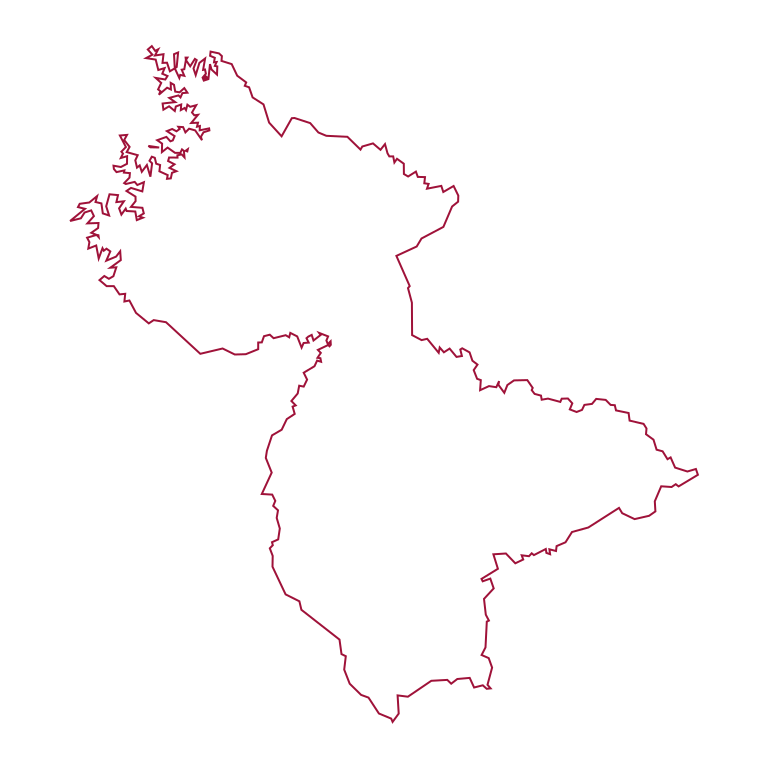 the district of Ponta Porã, Mato Grosso do Sul, Brazil
{"feature_id": "56859067B33794589562387", "entity_name": "Ponta Porã", "entity_type": "district", "adm_level": 2, "iso_a3": "BRA", "parent_name": "Brazil", "parent_adm1": "Mato Grosso do Sul", "projection": "orthographic", "projection_center": [-55.695, -22.2], "detail": "fine", "context": "isolated", "style": "outline", "palette": "rose", "viewbox_px": 768, "rotation_deg": 0, "n_neighbors": 0, "source": "geoboundaries", "source_scale": "gbopen_adm2", "svg_char_len": 6022}
<svg xmlns="http://www.w3.org/2000/svg" viewBox="0 0 768 768"><path d="M328.2,345.0L317.9,349.9L320.8,352.9L317.5,357.8L320.4,358.2L321.1,361.8L317.1,360.6L314.5,366.2L303.7,372.7L307.1,379.6L303.7,386.6L299.2,385.7L297.7,393.5L291.4,401.0L295.7,405.4L292.6,406.6L294.7,413.9L286.8,419.1L281.7,429.7L272.0,435.4L266.9,450.8L265.8,457.9L271.7,472.6L261.8,494.0L272.2,494.6L275.3,500.9L273.2,505.9L278.0,510.3L276.7,517.9L279.8,528.5L278.2,539.4L272.0,542.2L272.8,545.2L269.8,548.3L272.7,555.9L272.5,566.7L285.6,594.4L299.4,601.3L301.4,609.8L339.5,639.6L341.5,654.1L345.8,656.2L344.2,669.6L349.7,683.7L361.1,694.9L368.5,697.6L378.9,713.5L391.2,718.6L392.6,721.9L398.7,713.6L397.6,695.4L407.9,696.7L431.3,680.8L447.3,679.9L451.2,683.7L457.3,679.0L469.7,677.9L474.1,687.5L482.8,685.3L486.7,688.8L490.6,688.4L487.5,684.8L492.1,667.6L488.7,658.1L481.6,655.0L485.5,647.4L486.8,621.6L488.9,620.6L485.8,614.7L484.0,598.9L493.7,588.4L490.3,578.6L482.7,581.3L481.5,578.9L497.9,568.8L493.4,554.3L505.9,553.5L515.3,563.3L523.2,559.5L521.7,555.3L529.0,556.2L531.7,553.3L533.9,555.1L545.8,549.0L546.4,552.9L550.1,554.2L549.4,549.3L556.0,551.0L556.6,546.1L565.5,542.3L572.0,532.0L588.3,527.5L619.0,507.9L622.2,513.2L634.6,519.1L649.1,515.8L655.4,511.4L654.8,501.3L661.2,486.3L671.6,487.0L675.7,484.2L678.6,486.4L697.9,474.8L695.9,469.0L687.4,471.5L675.1,467.6L670.6,457.4L667.5,459.2L662.6,451.3L656.6,449.7L653.5,439.7L646.0,434.2L646.5,428.5L643.6,423.9L629.6,420.6L628.6,413.0L616.0,410.4L614.8,405.2L610.6,404.9L605.7,399.9L596.2,398.9L592.0,403.9L584.4,404.9L582.0,409.9L576.6,412.0L569.8,409.4L572.3,403.3L567.9,398.5L561.7,398.7L560.3,401.9L548.0,398.6L541.7,399.7L541.0,395.6L534.6,393.9L531.7,390.1L532.7,387.9L527.3,380.1L514.0,380.4L507.4,385.0L504.3,392.8L498.4,384.8L499.1,381.1L496.3,387.2L489.0,386.1L480.1,390.2L480.8,380.1L477.1,378.8L473.7,370.1L477.5,364.6L472.4,360.7L469.6,352.4L462.2,348.3L460.3,349.5L461.9,356.0L456.5,356.9L449.6,348.6L443.9,352.3L439.7,347.5L438.7,352.8L427.2,338.8L421.6,340.1L412.1,335.1L411.9,302.7L408.0,288.1L409.7,286.1L396.4,255.9L416.7,246.5L421.5,238.5L443.4,226.9L452.1,206.5L458.1,201.7L458.3,195.6L453.6,186.0L443.3,192.0L441.3,185.9L427.0,188.7L428.6,183.9L424.3,183.3L425.0,177.1L417.8,176.9L415.9,171.6L408.1,176.5L403.9,174.0L403.8,163.7L397.0,158.8L394.4,162.5L393.2,156.4L389.3,156.4L387.5,153.3L385.0,144.1L380.5,149.8L373.0,143.4L362.3,146.5L360.5,149.6L347.4,136.8L326.3,135.8L318.4,132.5L310.2,123.1L294.5,118.0L291.8,118.2L281.6,136.3L269.1,122.6L263.5,104.4L252.6,97.4L249.1,87.3L244.8,85.8L246.2,82.4L237.2,75.7L231.7,64.1L221.5,60.9L221.9,56.1L219.0,53.4L210.6,51.6L210.1,55.8L214.8,57.8L214.0,62.3L216.6,62.0L214.9,65.9L217.3,66.4L217.0,74.6L211.5,69.5L210.0,64.1L208.4,79.1L203.8,80.6L202.6,77.6L205.9,73.7L205.0,69.5L203.1,69.9L205.1,58.5L199.4,62.9L195.7,75.1L193.5,68.5L196.7,60.1L194.9,58.9L190.2,66.3L185.9,60.0L184.3,69.2L181.7,69.7L184.3,75.8L180.2,74.9L179.3,78.0L174.8,68.3L169.9,71.3L167.0,62.7L162.5,62.9L163.5,54.2L155.0,55.5L158.2,49.3L155.2,50.9L151.8,46.1L147.8,49.5L152.4,54.7L146.1,58.1L155.7,59.6L158.3,70.0L164.6,68.1L162.3,73.7L167.5,76.0L165.3,79.5L155.7,77.9L161.2,82.9L158.1,89.4L160.5,91.3L158.9,94.7L167.1,87.7L170.9,89.5L170.7,82.9L174.0,84.8L175.2,91.6L179.6,92.3L184.3,88.1L187.4,92.7L182.4,93.1L180.5,97.4L178.5,95.4L169.3,97.9L175.2,102.1L162.6,103.5L163.4,109.7L169.1,106.3L174.8,111.0L175.8,106.5L181.2,104.5L180.8,110.1L184.6,108.0L186.0,110.1L187.4,104.7L190.2,106.8L196.2,105.2L192.0,112.5L194.3,115.3L198.0,114.8L191.2,123.0L198.0,122.7L197.0,126.7L199.9,126.0L199.7,130.3L209.1,128.4L209.4,130.4L203.5,132.3L200.9,136.8L202.0,140.2L195.2,130.4L189.1,128.7L185.4,132.4L183.1,127.1L178.3,126.8L179.7,128.9L176.5,131.3L172.2,129.0L166.9,131.1L174.6,136.1L172.8,140.4L170.4,141.3L166.4,136.9L157.2,140.2L162.1,143.6L161.9,152.1L167.6,147.6L175.1,152.9L180.3,152.9L182.0,149.4L183.9,150.9L184.5,157.4L181.7,154.4L177.4,155.3L177.5,157.6L169.1,157.5L168.1,161.0L174.5,164.3L169.5,167.9L176.4,171.2L172.0,172.8L170.8,178.4L167.0,178.8L167.7,175.1L159.4,171.3L160.1,165.0L156.2,163.7L154.8,157.8L151.8,156.7L149.5,160.8L152.1,163.3L150.4,176.7L146.9,165.0L141.8,171.8L139.7,165.4L137.0,167.6L135.3,160.3L137.7,155.2L126.7,152.1L129.6,146.9L124.2,140.0L127.0,134.9L119.9,135.5L125.9,147.0L121.4,151.7L123.0,153.6L120.8,158.0L127.1,156.2L127.0,163.8L120.9,167.0L113.5,165.7L113.9,169.0L116.5,172.1L124.4,170.4L123.9,172.6L129.9,173.1L129.5,177.6L124.2,183.1L125.8,184.0L134.7,181.9L137.3,185.0L143.9,182.2L142.3,191.4L131.0,187.9L126.5,191.0L135.5,196.6L135.6,201.1L131.0,206.9L142.4,207.8L143.8,213.4L139.0,216.3L142.9,217.7L136.8,220.1L135.3,211.5L126.6,211.0L125.7,208.6L121.4,214.6L119.1,208.3L123.9,201.3L116.4,202.1L118.0,195.1L109.5,194.3L106.2,206.3L109.1,215.5L102.8,213.4L101.4,203.4L95.5,202.0L97.1,196.1L89.3,202.5L79.7,203.8L78.0,207.1L85.0,208.8L70.1,221.0L80.9,218.3L84.6,212.5L91.2,210.4L93.9,216.1L87.4,223.4L98.5,223.0L98.1,228.0L91.3,232.8L96.6,234.9L87.1,237.7L89.4,242.1L88.3,248.6L96.2,245.5L98.7,258.5L102.5,248.2L103.8,250.7L106.5,248.7L110.3,251.4L106.3,260.7L116.1,256.6L120.2,251.3L120.8,260.1L110.3,267.7L116.3,267.3L113.4,276.2L108.9,278.8L104.3,276.0L99.5,280.1L106.6,286.1L113.8,286.1L119.5,294.4L125.2,293.8L124.4,301.5L129.4,300.5L136.0,312.9L148.8,323.4L153.7,320.1L166.0,322.2L200.3,353.8L222.6,348.5L234.8,354.5L245.8,354.2L258.2,349.2L258.2,342.5L261.8,342.4L264.0,336.2L269.8,334.7L273.6,338.2L285.7,335.2L289.2,337.3L290.3,332.9L297.2,336.4L301.6,347.6L303.6,343.0L308.7,342.6L306.5,338.2L308.3,336.6L311.7,334.9L313.5,340.5L320.6,335.0L319.1,332.9L328.1,336.4L326.4,340.5L328.2,345.0ZM328.2,345.0L329.3,342.6L330.6,341.3L330.8,344.8L329.5,346.3L328.2,345.0ZM187.8,149.2L187.3,151.4L185.6,150.8L187.8,149.2ZM96.6,234.9L98.4,235.2L98.7,237.2L96.6,234.9ZM174.8,68.3L176.7,67.0L178.1,52.5L174.0,54.2L174.8,68.3ZM150.3,147.3L159.2,147.5L148.4,145.9L150.3,147.3ZM207.2,77.5L205.4,76.0L204.7,78.2L207.2,77.5ZM185.9,60.0L187.4,57.6L185.6,57.6L185.9,60.0Z" fill="none" stroke="#9f1239" stroke-width="2"/></svg>